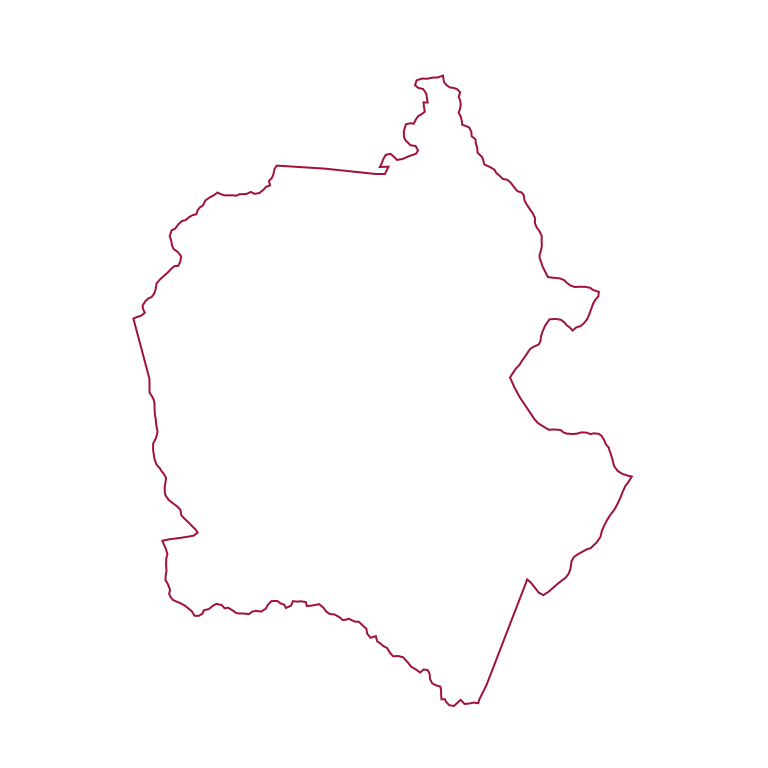 outline of Capixaba, Acre, Brazil, rotated 6°
{"feature_id": "56859067B32196744892902", "entity_name": "Capixaba", "entity_type": "district", "adm_level": 2, "iso_a3": "BRA", "parent_name": "Brazil", "parent_adm1": "Acre", "projection": "robinson", "projection_center": [-67.828, -10.457], "detail": "fine", "context": "isolated", "style": "outline", "palette": "rose", "viewbox_px": 768, "rotation_deg": 6, "n_neighbors": 0, "source": "geoboundaries", "source_scale": "gbopen_adm2", "svg_char_len": 4978}
<svg xmlns="http://www.w3.org/2000/svg" viewBox="0 0 768 768"><g transform="rotate(6 384 384)"><path d="M588.0,269.9L582.0,268.6L579.0,266.8L574.2,266.3L568.8,266.8L563.6,267.6L559.3,266.6L555.6,264.5L552.3,261.9L547.9,260.6L535.9,260.6L529.3,250.4L527.8,246.9L525.9,243.2L525.2,239.7L526.1,234.9L526.6,230.3L525.7,224.6L525.4,220.3L522.5,215.5L519.7,212.7L517.3,208.4L516.8,203.0L513.8,198.4L508.4,192.1L506.3,189.4L504.5,186.5L503.1,181.3L500.6,179.0L496.7,178.4L494.0,175.9L491.1,172.8L488.7,170.3L485.2,168.0L480.6,167.6L477.1,164.7L473.7,162.5L471.3,159.2L466.1,156.9L461.0,155.3L458.0,148.2L452.9,144.2L451.9,138.8L450.2,135.3L449.4,131.1L445.3,128.5L444.5,124.0L441.9,120.0L438.6,118.9L434.7,118.0L433.8,114.0L432.3,109.9L429.9,106.5L430.9,102.3L431.1,98.3L430.3,94.4L428.3,90.7L429.2,85.9L425.7,83.0L421.8,82.2L418.6,82.2L415.2,80.4L412.0,77.3L410.5,71.1L405.2,73.6L400.3,74.2L395.1,75.9L389.7,76.3L384.7,78.6L383.6,83.6L387.0,85.9L392.0,86.5L395.6,90.7L396.8,95.1L398.0,99.5L393.9,99.8L394.7,103.8L396.1,109.0L392.9,112.0L390.2,113.8L388.4,116.7L386.3,122.1L382.9,121.9L378.7,123.4L377.3,130.3L378.0,136.1L380.0,139.5L385.5,143.8L390.5,144.0L393.4,148.2L391.9,151.5L389.0,153.0L384.1,155.3L379.2,158.2L373.6,159.8L370.2,157.1L366.5,154.4L361.8,155.9L359.7,160.7L358.6,164.9L357.2,168.6L365.7,167.4L363.0,175.0L354.3,176.0L350.9,176.0L302.6,176.0L254.5,178.0L252.6,181.5L252.2,186.3L251.1,190.5L248.4,194.0L249.9,198.4L246.0,200.3L243.9,203.4L239.9,207.2L235.4,208.4L231.3,206.9L227.9,209.2L223.6,210.0L220.5,210.3L217.8,212.1L213.5,212.2L209.3,212.7L205.1,213.0L201.4,212.1L198.2,211.0L195.3,213.9L191.1,216.7L187.2,220.1L185.3,225.3L182.1,228.0L180.4,231.0L179.7,234.8L175.9,236.1L172.6,238.5L169.6,241.7L166.0,243.0L162.9,246.5L160.1,251.3L156.7,253.4L155.4,259.4L157.6,264.2L158.6,268.2L160.6,271.7L165.2,274.3L168.9,278.2L168.6,283.6L166.9,288.1L163.3,288.6L160.0,292.1L157.5,295.5L154.2,299.0L150.0,303.8L147.3,307.7L147.0,313.5L146.1,317.9L143.8,321.8L140.9,323.4L138.2,326.3L135.7,331.1L136.5,334.6L138.7,338.2L135.1,341.6L130.9,343.4L127.9,345.1L140.0,376.7L150.2,403.4L151.7,417.2L154.4,420.3L156.6,423.7L157.8,427.4L158.5,433.4L159.5,439.0L160.7,442.9L161.3,446.5L162.2,450.1L163.8,455.1L163.0,461.1L160.7,467.2L161.0,472.2L161.9,476.3L163.7,483.0L166.4,488.2L169.7,491.1L171.9,494.0L174.2,496.1L177.1,500.3L176.9,505.3L176.7,509.8L177.1,513.4L178.2,517.4L182.0,521.9L187.2,525.1L191.3,527.5L194.6,530.3L196.2,535.7L199.2,538.4L201.9,540.5L205.2,543.0L208.5,545.9L211.9,548.4L214.1,551.3L210.6,554.7L204.8,556.4L198.0,558.2L186.7,560.9L180.0,563.0L182.0,566.9L184.2,570.5L186.4,575.9L185.7,580.7L186.2,586.6L187.2,592.4L186.9,597.2L187.1,601.7L189.9,605.5L192.8,611.1L192.2,615.1L194.1,618.2L196.5,620.7L200.3,622.1L204.3,623.2L208.9,625.1L212.4,627.4L216.5,630.0L219.8,634.3L224.1,633.9L227.5,631.3L228.3,627.9L233.4,626.1L236.8,622.6L240.3,620.1L245.8,620.9L248.9,623.7L252.6,622.8L257.5,625.2L261.0,627.3L264.6,627.3L268.7,626.9L273.6,627.0L277.0,624.0L280.5,623.0L285.5,623.2L289.8,619.9L291.6,615.7L294.7,611.7L300.5,610.9L304.1,613.0L307.7,613.9L309.9,617.0L314.8,614.1L316.1,609.5L320.5,609.5L323.6,608.8L329.0,609.0L330.4,612.8L334.1,612.2L338.1,611.1L342.5,609.7L347.4,613.0L350.1,616.2L354.0,618.4L358.9,618.4L364.3,620.7L367.4,623.0L370.4,622.5L373.5,621.1L376.5,622.2L380.0,623.4L383.7,623.0L388.2,626.5L392.0,629.1L393.4,634.1L397.2,637.8L402.2,635.6L404.2,640.7L407.8,642.6L410.6,644.6L414.7,646.3L418.2,650.9L421.6,653.9L426.5,653.0L431.6,653.8L434.0,656.0L436.8,658.4L440.6,662.4L445.6,664.6L450.1,667.2L453.3,663.7L457.5,664.1L459.6,667.2L460.6,672.6L463.1,676.5L466.9,678.2L471.6,679.0L472.8,682.8L473.2,686.4L474.1,691.6L477.4,691.1L479.3,693.9L482.4,696.6L487.2,696.9L490.7,693.0L493.2,690.1L497.6,693.8L502.4,692.8L506.4,691.5L511.1,691.6L511.8,687.8L513.4,683.4L517.4,672.7L545.3,569.3L546.8,563.4L550.3,565.7L554.4,569.8L559.7,575.3L564.5,577.4L569.6,573.2L576.5,565.7L581.3,560.9L584.6,558.0L587.5,553.4L588.8,548.0L589.0,540.7L590.8,536.5L594.3,533.2L603.3,527.0L606.6,525.7L611.9,519.5L615.1,513.8L616.1,507.1L617.8,501.8L620.0,496.1L622.5,491.0L626.7,484.0L629.0,478.2L631.0,472.2L632.7,466.2L634.7,460.2L637.6,455.4L640.1,450.1L635.7,449.6L630.2,448.4L625.3,445.9L621.3,441.4L619.5,436.3L617.2,430.7L615.4,427.0L614.1,423.7L610.9,420.7L608.9,416.9L606.0,413.0L602.8,411.1L598.0,411.1L594.5,412.2L590.5,411.2L585.1,411.5L581.1,413.2L577.3,414.0L571.0,414.2L567.6,413.4L564.4,411.3L561.0,411.3L557.5,411.5L552.8,412.3L549.6,410.9L541.5,407.0L537.4,403.4L532.3,397.2L525.6,389.2L520.5,383.1L514.1,373.8L508.7,364.3L512.2,357.3L513.9,354.4L516.8,350.7L518.5,346.9L520.5,343.6L523.0,338.9L525.9,333.6L529.6,330.9L533.7,328.6L535.1,325.0L535.2,319.9L536.4,314.6L538.2,309.0L541.8,302.4L548.1,301.3L553.5,301.7L557.1,304.0L559.7,306.6L562.5,308.1L566.0,311.1L569.3,307.6L573.4,305.9L576.4,302.7L579.3,298.2L580.8,293.4L582.0,288.6L583.7,281.7L585.4,278.2L588.0,274.4L588.0,269.9Z" fill="none" stroke="#9f1239" stroke-width="2"/></g></svg>